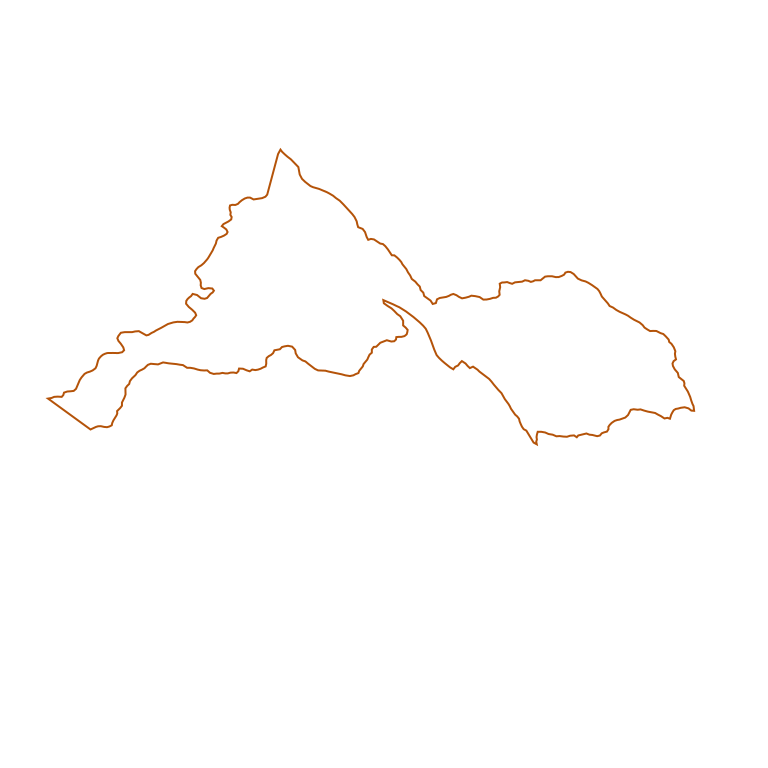 the district of Itacarambi, Minas Gerais, Brazil, rotated 302°
{"feature_id": "56859067B37702825751960", "entity_name": "Itacarambi", "entity_type": "district", "adm_level": 2, "iso_a3": "BRA", "parent_name": "Brazil", "parent_adm1": "Minas Gerais", "projection": "equal_earth", "projection_center": [-44.154, -15.206], "detail": "fine", "context": "isolated", "style": "outline", "palette": "amber", "viewbox_px": 768, "rotation_deg": 302, "n_neighbors": 0, "source": "geoboundaries", "source_scale": "gbopen_adm2", "svg_char_len": 6166}
<svg xmlns="http://www.w3.org/2000/svg" viewBox="0 0 768 768"><g transform="rotate(302 384 384)"><path d="M189.9,159.2L195.0,162.5L196.7,164.0L198.2,166.3L199.3,169.4L200.6,172.0L202.5,173.7L204.7,175.0L206.9,174.2L209.8,173.8L215.7,173.8L217.7,173.4L219.6,172.0L223.8,173.0L226.7,173.3L229.4,171.6L234.8,171.1L238.1,170.4L243.3,167.0L246.3,167.2L249.0,167.9L251.8,167.0L255.3,167.3L259.8,168.5L263.0,168.6L265.7,169.7L268.0,171.2L270.4,172.5L272.4,172.9L275.1,173.6L277.6,175.5L279.1,178.5L280.9,182.0L285.2,185.2L286.3,187.7L287.4,190.4L290.9,197.5L292.2,200.7L293.5,203.5L293.4,208.4L295.1,211.2L296.5,214.6L297.5,218.4L298.5,221.2L300.1,224.2L301.9,226.9L301.3,230.5L302.3,234.3L304.0,236.4L305.7,239.0L307.8,241.1L308.9,243.8L310.3,246.0L312.2,247.7L314.0,250.3L315.1,253.1L317.6,253.7L320.3,252.9L322.2,256.3L322.8,260.2L323.6,263.4L326.4,264.6L327.6,267.5L329.4,269.5L331.6,271.3L333.7,272.5L336.2,274.3L338.8,273.4L341.9,271.4L344.0,270.7L346.5,271.5L348.8,272.8L351.4,273.6L354.5,273.2L358.3,277.3L361.3,277.9L363.2,279.7L365.5,282.3L367.0,286.3L365.8,290.6L363.2,292.9L361.1,296.9L360.8,302.3L361.5,305.4L361.0,309.0L360.2,317.3L360.6,320.9L364.2,327.2L365.2,330.5L369.8,343.0L370.9,346.7L372.7,350.9L375.2,353.5L377.2,354.6L379.7,356.5L382.1,356.0L387.7,356.7L390.1,356.1L395.9,356.9L398.4,356.5L401.3,356.2L404.1,357.1L406.8,355.4L410.0,355.6L411.5,357.7L417.0,359.0L422.6,363.2L423.9,367.7L425.7,370.0L428.1,370.6L430.3,369.6L431.7,371.4L433.2,373.8L435.5,376.0L438.1,376.9L440.3,376.3L442.4,375.4L443.3,372.5L443.8,369.2L447.8,366.7L450.1,361.9L450.3,358.2L451.4,353.9L452.1,350.3L452.1,345.9L452.4,341.1L454.8,339.0L456.4,349.5L456.8,353.3L457.2,356.3L457.2,364.1L456.4,373.5L455.2,381.6L454.2,386.3L453.0,390.1L450.7,393.8L445.7,400.9L439.8,408.4L436.4,413.3L435.3,416.8L434.5,420.6L433.9,424.5L433.1,431.3L433.2,435.0L436.3,435.3L439.0,437.0L441.8,437.2L444.7,437.9L444.6,442.3L443.6,445.4L443.0,448.4L445.9,450.3L445.7,455.7L445.1,458.3L444.0,470.5L443.0,473.9L441.7,477.4L439.6,484.0L438.5,488.5L435.2,494.5L433.0,500.2L431.8,502.5L430.3,504.8L427.5,511.5L427.1,514.1L426.1,516.9L424.1,518.9L422.4,521.3L420.9,523.6L419.7,526.4L419.9,529.4L413.6,541.9L413.8,545.5L415.7,543.7L417.9,543.1L419.8,541.5L422.1,540.5L424.9,539.7L426.8,542.7L428.3,546.4L428.8,550.1L430.4,553.9L431.0,557.9L432.9,560.5L434.5,564.0L436.2,567.1L438.8,569.3L441.1,572.4L441.0,575.7L443.3,576.0L449.3,581.9L449.9,585.1L451.2,587.7L452.7,592.4L454.7,594.4L457.6,594.8L459.4,596.1L461.8,598.3L464.6,598.3L466.6,597.0L468.9,597.1L471.7,597.7L474.9,599.1L477.0,600.8L478.6,602.6L483.4,606.4L487.0,607.4L492.8,606.9L494.9,609.1L496.6,612.8L498.4,615.0L499.3,618.7L500.4,622.4L503.1,629.3L503.2,632.3L503.5,635.9L503.4,640.1L505.5,642.3L506.1,644.9L510.2,643.8L512.8,643.6L515.3,643.6L517.4,644.6L519.1,646.5L521.1,648.3L523.6,651.3L524.7,655.2L524.3,658.7L525.6,661.2L529.3,658.2L530.6,656.1L532.9,653.2L535.3,650.5L538.6,645.7L541.6,639.5L543.8,638.4L545.4,636.6L546.1,630.3L549.1,627.3L550.5,622.8L552.4,619.5L554.3,617.8L556.9,617.5L559.6,618.6L561.5,616.6L563.8,614.7L566.2,613.7L568.7,610.3L570.4,606.5L570.8,603.6L572.5,601.9L573.7,597.7L574.4,594.4L573.7,591.6L573.3,586.9L571.6,584.0L569.9,581.6L569.8,578.3L569.9,575.0L571.0,572.2L571.6,568.1L571.0,562.0L571.0,557.8L571.2,554.9L571.0,552.0L570.1,545.6L569.9,541.8L570.2,537.7L569.7,534.0L571.0,531.1L573.6,522.4L575.4,519.7L576.8,517.3L577.7,514.7L578.1,508.1L578.1,503.7L577.8,500.6L576.6,496.7L576.1,492.6L577.8,486.6L577.8,482.9L576.6,480.5L574.6,478.8L572.2,478.8L569.9,477.5L567.3,475.5L565.7,473.1L564.4,469.4L562.3,466.0L560.4,463.7L554.9,461.8L552.0,457.1L550.1,456.0L548.4,454.4L548.0,451.7L546.7,448.6L544.0,446.9L539.6,441.2L536.9,439.6L536.2,437.0L535.7,434.4L534.1,432.5L532.6,430.3L530.4,429.0L527.7,431.2L523.7,432.6L520.9,434.8L518.7,434.4L516.5,433.2L514.9,430.9L512.3,428.7L510.0,426.2L508.2,423.5L508.4,419.0L506.9,414.9L505.2,411.3L503.0,409.8L500.5,407.5L498.0,404.8L497.6,401.4L497.7,398.4L497.1,395.1L495.1,393.4L493.2,392.4L490.8,390.6L486.5,385.7L483.9,384.1L480.1,385.1L477.7,382.9L479.4,379.3L479.9,371.5L482.3,368.9L483.1,365.3L485.6,362.7L486.3,359.6L487.4,356.3L487.8,351.9L489.9,348.7L491.4,345.2L493.3,342.0L495.3,336.2L496.6,334.0L497.5,331.2L498.2,328.0L498.6,324.6L497.3,322.4L500.2,316.0L501.6,312.0L502.1,308.9L501.1,306.4L501.3,298.9L500.1,296.0L497.9,294.2L499.5,291.4L502.8,287.4L504.2,283.7L503.3,279.0L505.3,276.7L507.5,274.6L510.0,270.5L511.3,267.0L514.8,254.4L516.0,249.3L516.2,244.7L516.7,241.1L516.6,236.8L516.4,233.9L515.0,225.4L513.3,219.5L512.9,216.7L513.6,210.2L514.5,205.8L517.0,201.5L522.6,196.4L525.2,185.9L525.6,181.7L526.2,178.0L526.9,174.6L527.9,172.0L522.9,172.3L482.7,184.6L480.0,184.2L477.0,182.1L471.4,175.6L471.1,171.7L469.8,169.5L467.5,167.6L464.5,166.1L461.5,165.1L459.4,164.7L457.1,163.1L455.5,160.3L453.8,158.8L451.7,159.6L450.0,160.9L448.4,163.0L446.0,164.1L444.9,166.3L442.6,167.2L439.5,166.0L434.5,163.1L431.9,162.8L431.8,165.6L431.5,168.4L430.0,170.8L427.9,171.0L425.1,169.7L422.3,167.8L420.1,165.9L416.9,166.0L414.0,167.0L409.0,167.5L406.6,167.9L398.1,168.1L396.1,168.0L391.1,167.2L387.9,166.2L384.7,164.6L382.1,164.1L379.6,164.0L377.5,165.5L374.9,173.0L372.9,175.0L370.6,176.2L368.7,178.4L369.3,181.3L372.2,184.2L374.0,187.8L373.0,190.3L370.9,190.2L368.6,189.2L363.2,188.4L361.2,186.7L359.8,183.4L360.4,178.3L359.0,174.0L356.2,173.8L354.3,173.0L352.0,172.4L349.7,172.3L347.2,173.6L345.9,177.6L345.3,182.0L344.4,186.0L342.8,188.3L340.5,188.2L338.6,187.8L336.4,187.7L334.0,186.6L332.0,184.7L330.9,182.2L327.3,175.9L324.6,172.7L320.4,169.0L313.6,165.3L308.6,162.3L306.4,161.3L304.1,159.8L300.9,158.3L299.3,156.7L298.9,148.1L296.7,145.1L294.5,142.9L290.4,136.4L288.0,133.7L284.0,133.3L281.5,133.6L279.8,136.0L278.7,139.4L276.9,143.5L274.9,145.7L272.2,145.1L269.3,142.1L266.7,137.7L263.6,132.9L261.7,131.3L259.8,130.1L257.5,129.3L254.5,128.8L252.3,129.1L247.1,130.7L244.4,131.0L241.1,129.7L238.6,128.0L236.3,126.0L233.9,124.7L229.3,124.0L226.1,123.9L216.7,125.4L213.7,124.5L211.7,122.0L209.8,119.4L207.1,117.2L204.7,117.9L202.3,117.5L200.4,114.0L198.3,111.1L196.0,109.5L193.6,106.8L189.9,159.2Z" fill="none" stroke="#b45309" stroke-width="2"/></g></svg>